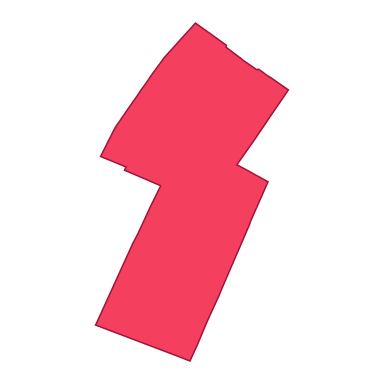 Colelia, Ialomita, Romania
{"feature_id": "2599482B37607377931604", "entity_name": "Colelia", "entity_type": "district", "adm_level": 2, "iso_a3": "ROU", "parent_name": "Romania", "parent_adm1": "Ialomita", "projection": "equal_earth", "projection_center": [27.004, 44.773], "detail": "fine", "context": "isolated", "style": "filled", "palette": "rose", "viewbox_px": 384, "rotation_deg": 0, "n_neighbors": 0, "source": "geoboundaries", "source_scale": "gbopen_adm2", "svg_char_len": 1774}
<svg xmlns="http://www.w3.org/2000/svg" viewBox="0 0 384 384"><path d="M190.0,361.0L190.4,360.1L192.9,354.6L196.7,346.3L197.4,344.8L206.0,324.2L209.9,315.4L211.5,312.0L219.0,295.7L220.3,292.3L232.1,264.9L239.7,247.4L249.9,223.7L250.0,222.6L260.7,198.4L268.0,181.8L261.0,177.9L254.0,174.1L250.3,172.0L236.9,164.7L245.8,152.1L254.6,139.6L268.2,119.5L273.2,112.1L287.4,91.4L288.4,90.0L288.2,89.9L287.8,89.5L287.0,89.0L286.5,88.7L286.3,88.5L279.7,83.9L270.9,77.7L270.6,77.4L270.3,77.5L270.0,77.3L266.0,74.7L264.5,73.5L263.0,72.3L259.0,69.5L258.6,69.3L258.1,69.3L257.5,69.6L257.0,69.6L256.3,69.4L252.0,66.4L244.1,61.0L242.0,59.4L240.8,58.2L238.9,57.0L238.6,56.7L234.6,53.7L230.1,50.3L225.8,47.0L225.9,46.6L226.5,45.7L226.5,45.4L225.5,44.6L220.9,41.3L218.5,39.6L208.5,32.4L207.3,31.6L206.3,30.8L202.6,28.2L199.5,26.0L198.4,25.2L197.2,24.3L196.5,23.7L195.7,23.2L195.4,23.1L195.1,23.4L189.6,29.6L186.9,32.5L179.7,40.4L175.0,45.7L171.7,49.4L168.9,52.4L166.5,55.1L164.0,57.9L163.4,58.7L163.1,59.1L161.3,61.7L159.1,64.6L156.9,67.6L155.0,70.3L154.0,71.5L151.6,74.9L150.8,76.0L148.5,79.5L144.4,85.4L142.0,88.7L141.5,89.3L140.5,90.8L139.4,92.4L138.4,94.0L135.8,97.8L133.4,101.1L127.7,109.3L126.9,110.5L123.6,115.4L122.1,117.4L120.4,120.0L119.5,121.4L117.8,123.6L115.5,127.0L112.9,131.9L111.6,134.6L110.4,137.1L109.3,139.2L108.3,141.3L108.3,141.2L108.1,141.2L108.1,141.3L108.0,141.6L107.8,142.0L107.5,142.5L107.2,143.3L105.2,147.3L105.0,147.6L104.7,148.2L104.3,149.0L102.8,152.0L101.2,155.2L100.6,156.5L103.2,157.6L111.6,161.0L126.1,167.0L124.5,170.2L143.2,178.2L155.7,183.6L160.5,185.6L160.6,185.9L153.4,200.6L150.9,205.6L137.8,233.9L133.6,241.9L132.9,243.2L101.0,313.3L97.7,320.5L95.6,325.1L171.9,354.0L189.7,360.9L190.0,361.0Z" fill="#f43f5e" stroke="#9f1239" stroke-width="1.5"/></svg>